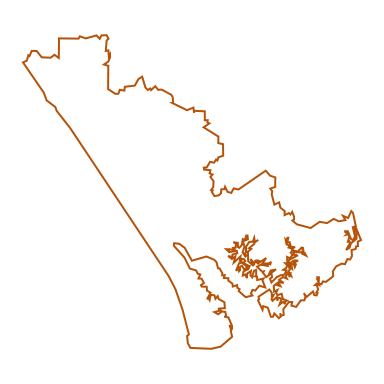 the district of Kaipara District, Northland, New Zealand
{"feature_id": "76426892B63494088345666", "entity_name": "Kaipara District", "entity_type": "district", "adm_level": 2, "iso_a3": "NZL", "parent_name": "New Zealand", "parent_adm1": "Northland", "projection": "equal_earth", "projection_center": [174.219, -35.995], "detail": "fine", "context": "isolated", "style": "outline", "palette": "amber", "viewbox_px": 384, "rotation_deg": 0, "n_neighbors": 0, "source": "geoboundaries", "source_scale": "gbopen_adm2", "svg_char_len": 6045}
<svg xmlns="http://www.w3.org/2000/svg" viewBox="0 0 384 384"><path d="M23.0,62.4L43.8,92.7L46.6,100.4L55.3,107.0L56.7,110.9L70.0,127.8L168.6,276.0L175.4,289.1L182.5,309.5L188.9,334.5L187.1,336.0L187.8,343.2L190.4,347.9L211.2,348.8L220.5,346.7L232.1,336.8L230.8,331.1L232.1,328.5L231.8,326.3L230.6,326.4L231.6,328.0L230.9,329.4L229.8,325.8L231.9,325.6L228.4,317.4L224.3,316.7L226.2,316.1L225.3,311.9L222.0,311.5L218.1,314.3L214.4,312.1L220.5,310.5L219.0,309.6L218.8,308.6L224.9,308.2L224.4,302.2L218.7,299.1L217.7,296.1L215.4,298.8L214.5,295.3L210.7,294.8L209.6,300.1L208.5,298.0L207.0,299.2L210.5,292.8L207.0,290.6L206.7,286.7L201.7,286.6L200.9,285.1L203.9,283.0L201.6,278.7L198.5,278.5L200.3,274.5L197.8,273.8L196.1,270.4L189.9,268.6L184.5,257.6L173.9,245.8L174.1,243.2L179.3,243.8L184.7,247.8L191.9,260.7L206.4,256.5L214.1,259.7L216.5,262.1L218.0,268.3L219.6,268.4L222.3,273.1L222.2,275.4L224.7,275.1L223.9,278.0L228.3,278.2L228.3,280.6L232.4,283.6L232.8,286.5L237.1,285.1L237.3,287.8L239.6,289.1L238.7,291.0L245.7,297.2L252.4,295.5L251.0,293.5L252.4,289.9L255.2,290.6L259.3,285.7L265.2,287.4L262.4,280.1L263.5,278.5L257.2,280.0L257.1,276.7L255.0,276.4L256.2,275.6L256.1,269.9L253.9,270.9L252.1,277.3L250.4,275.2L250.9,271.0L247.1,273.6L247.0,278.2L245.2,274.5L242.8,275.6L243.5,271.4L248.3,269.2L249.3,266.7L244.1,269.2L241.9,265.7L239.8,267.1L240.1,270.1L239.0,271.3L238.3,268.2L236.0,270.9L239.1,263.2L242.2,262.7L246.2,266.1L248.2,265.5L243.1,263.0L245.3,261.0L243.9,259.1L241.3,258.7L241.5,260.9L239.9,260.9L240.5,256.4L233.8,262.6L235.3,256.6L231.9,259.0L228.1,256.1L232.5,256.8L232.5,254.6L237.3,253.2L236.8,250.9L229.3,252.1L228.7,249.9L228.0,251.0L226.2,249.2L234.6,249.6L233.2,247.9L235.8,247.5L235.9,243.7L233.3,242.2L237.8,242.8L238.0,247.0L239.3,247.8L241.9,244.9L242.8,239.1L245.0,239.9L245.9,236.7L246.6,237.6L246.6,235.5L247.5,235.5L247.9,239.3L242.9,241.3L244.5,246.5L242.6,252.4L245.4,256.6L246.4,255.5L244.6,253.5L245.9,252.5L246.1,246.7L249.2,241.9L252.8,241.7L254.2,237.8L254.9,242.0L258.3,239.9L254.6,242.4L253.8,240.1L254.4,243.8L249.1,248.2L251.2,249.0L247.9,251.6L248.2,261.1L253.6,266.0L250.5,259.0L254.4,263.5L255.3,260.7L257.5,260.4L258.9,260.9L256.6,262.3L258.0,263.5L266.2,258.0L262.3,263.7L269.7,263.3L271.0,261.6L270.3,264.4L266.5,263.8L267.6,265.9L260.6,264.7L257.1,266.7L262.1,271.7L263.8,271.3L263.1,273.0L266.3,277.1L271.1,273.5L269.2,273.8L270.7,270.5L276.0,269.5L271.4,272.7L272.0,277.3L270.0,278.6L271.4,282.5L277.3,276.6L278.1,276.7L280.6,275.2L283.5,275.0L284.6,274.3L286.4,270.4L283.4,269.8L286.4,267.8L287.1,265.1L285.3,263.3L287.4,263.5L287.1,256.9L290.0,258.3L292.4,254.9L290.7,252.5L292.3,251.4L291.6,248.5L288.5,247.5L289.5,245.4L286.5,244.4L285.6,239.5L287.2,241.1L287.4,237.8L288.3,237.8L287.2,242.6L289.6,242.2L290.9,246.8L295.1,247.1L292.5,248.3L293.4,250.7L298.0,251.4L301.5,247.6L303.9,248.1L302.0,248.5L303.5,250.4L302.5,252.4L304.6,252.7L306.2,255.7L302.1,253.7L301.8,250.7L301.5,252.5L293.5,251.9L294.3,255.1L296.3,254.8L297.1,255.7L288.5,260.3L289.3,263.7L294.0,260.4L298.1,260.6L294.0,262.6L295.9,264.3L294.8,267.1L293.6,263.8L288.9,265.0L291.6,265.8L292.1,268.9L288.7,266.1L289.8,269.6L287.7,272.6L290.7,273.2L290.2,274.6L291.1,275.5L291.3,276.1L289.8,275.0L289.3,277.1L289.1,274.2L287.4,273.9L285.7,276.4L286.8,278.6L282.9,277.0L279.1,279.9L283.7,282.8L278.8,282.5L278.6,284.7L280.0,285.2L280.5,286.2L277.2,285.1L278.2,282.4L273.8,285.7L274.1,291.6L277.4,290.0L276.2,292.4L277.4,295.2L281.6,293.8L282.9,299.1L287.0,300.6L284.6,302.2L285.2,304.1L283.1,301.8L279.5,304.7L281.6,298.7L277.9,297.6L277.5,300.8L276.8,297.1L272.5,300.8L271.5,299.0L273.6,294.9L271.8,295.7L271.7,292.6L269.4,289.5L258.5,296.7L259.1,299.3L258.0,300.4L262.5,309.8L263.2,306.1L267.8,307.7L270.9,316.8L272.9,316.8L274.3,313.5L278.9,318.2L280.8,316.5L280.1,313.2L281.0,315.6L283.7,314.9L283.3,309.3L288.9,302.0L292.2,302.1L291.4,305.6L296.1,306.9L300.8,300.4L304.4,300.3L305.5,296.7L303.9,293.1L306.5,297.0L313.0,291.5L314.3,295.1L316.7,295.4L317.5,292.9L316.3,292.6L318.2,289.4L316.8,285.1L315.1,285.1L316.6,283.6L319.2,285.1L317.4,279.1L317.9,278.7L316.2,279.4L318.1,278.5L317.5,277.2L318.9,277.3L318.7,283.6L321.5,284.2L322.9,281.4L325.9,281.9L333.2,276.3L332.9,271.3L336.1,266.4L341.7,263.6L345.0,264.2L347.4,259.1L350.1,259.5L352.0,256.0L351.5,250.1L355.6,249.0L356.2,246.3L358.0,246.1L357.7,241.7L361.0,240.1L355.6,226.9L354.3,227.1L356.5,233.3L356.5,238.7L350.9,243.4L349.6,247.7L346.8,249.5L346.5,249.2L350.3,242.7L349.0,240.8L348.2,241.9L347.9,241.9L349.3,236.7L348.1,234.1L346.2,234.7L347.8,232.9L345.3,232.1L345.1,231.3L347.8,231.2L351.0,239.0L353.1,240.3L355.0,236.6L352.8,227.2L355.8,226.1L353.0,212.9L351.3,211.1L348.1,218.0L343.0,215.8L345.4,220.1L338.9,221.3L333.7,218.9L327.0,223.1L319.7,221.8L310.7,228.0L296.8,224.3L292.4,220.5L294.0,219.6L294.1,216.8L292.2,211.9L290.4,214.5L288.9,213.1L284.6,215.1L284.7,211.1L280.3,207.6L279.2,202.4L274.4,204.6L271.7,194.3L272.3,191.3L270.3,188.6L275.2,186.9L275.3,177.4L270.1,175.7L265.7,170.7L238.4,189.5L233.7,188.4L231.3,192.9L227.6,191.9L225.1,186.8L224.4,189.2L221.3,189.3L221.0,193.3L218.9,195.3L214.4,196.1L211.8,191.8L212.7,190.4L211.1,190.0L213.2,187.2L213.6,181.3L210.4,176.9L212.5,174.5L209.6,173.4L210.4,170.2L204.1,169.6L203.8,167.6L206.7,167.4L210.1,161.8L214.0,162.7L216.1,159.5L217.4,160.5L218.4,157.3L223.2,155.7L223.0,144.2L218.3,143.1L218.4,136.6L203.6,127.3L209.4,123.4L207.4,122.3L207.7,120.2L204.8,120.2L204.8,111.3L194.0,110.8L194.1,112.9L193.4,107.6L187.0,110.2L172.1,102.9L173.1,102.7L172.7,97.2L171.3,94.8L161.7,89.6L158.1,89.8L155.3,86.2L151.0,90.1L150.2,88.5L147.7,90.0L145.4,87.5L142.2,76.7L138.4,79.1L134.8,85.6L124.8,86.8L124.4,90.6L119.8,89.8L118.3,93.8L115.3,93.8L108.1,89.1L108.3,65.8L104.0,64.5L108.3,61.6L110.1,57.2L110.0,54.3L108.8,56.2L108.4,50.4L105.8,51.0L106.6,40.6L108.5,38.7L106.6,35.2L101.5,35.4L99.7,38.8L96.5,35.4L85.8,38.4L79.9,36.3L78.6,38.6L59.0,38.4L58.8,58.0L54.5,54.8L50.6,57.7L41.7,57.3L36.7,51.0L31.7,50.9L29.5,56.1L28.3,55.3L26.8,60.7L23.0,62.4Z" fill="none" stroke="#b45309" stroke-width="2"/></svg>